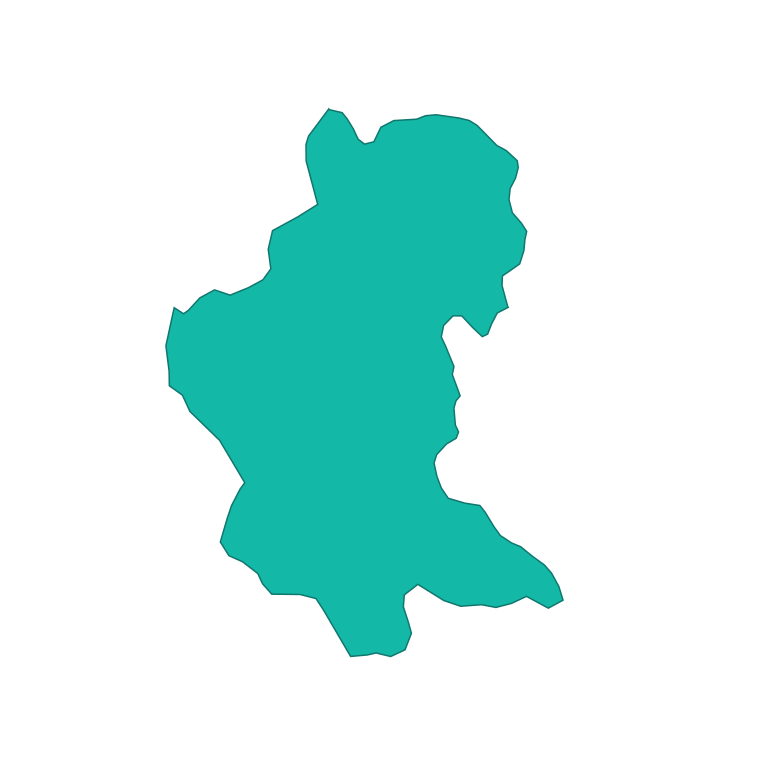 Pyeongchang-gun, Gangwon, South Korea, rotated 335°
{"feature_id": "91817680B93219729656421", "entity_name": "Pyeongchang-gun", "entity_type": "district", "adm_level": 2, "iso_a3": "KOR", "parent_name": "South Korea", "parent_adm1": "Gangwon", "projection": "robinson", "projection_center": [128.515, 37.533], "detail": "fine", "context": "isolated", "style": "filled", "palette": "teal", "viewbox_px": 768, "rotation_deg": 335, "n_neighbors": 0, "source": "geoboundaries", "source_scale": "gbopen_adm2", "svg_char_len": 1707}
<svg xmlns="http://www.w3.org/2000/svg" viewBox="0 0 768 768"><g transform="rotate(335 384 384)"><path d="M450.2,111.4L420.4,127.4L414.5,134.0L407.7,149.0L399.8,193.2L376.3,196.1L347.8,197.9L336.0,213.0L330.1,231.8L318.3,238.4L301.7,239.4L282.0,238.4L270.2,227.1L253.6,228.1L237.8,234.6L232.0,235.6L226.1,226.2L218.2,236.5L202.5,257.2L194.6,281.7L188.7,294.9L190.0,297.2L196.6,309.0L196.5,326.9L211.2,365.6L216.1,414.6L209.2,418.4L194.5,429.7L184.6,440.1L168.9,458.0L170.9,474.1L180.7,485.4L189.5,502.4L189.5,513.8L192.2,522.7L193.4,527.0L203.2,531.7L219.0,539.3L231.7,549.7L233.7,563.9L238.6,616.8L254.3,622.5L263.1,624.4L274.9,633.8L290.7,633.8L303.5,621.5L305.4,610.2L307.4,594.1L313.3,583.7L330.0,579.9L346.7,605.5L359.5,617.8L379.2,625.3L391.0,633.8L406.7,636.7L423.4,636.7L438.2,656.6L454.9,655.6L456.9,641.4L455.9,626.3L452.9,615.9L445.1,601.7L439.2,589.4L432.3,581.8L425.4,570.5L423.4,560.1L421.5,543.1L419.5,534.6L406.7,526.0L393.9,514.7L392.0,502.4L392.9,490.2L395.9,476.9L401.8,470.3L415.5,464.7L426.4,463.7L431.3,459.0L431.3,451.4L437.2,435.4L442.1,429.7L448.0,426.9L448.9,416.5L449.9,404.3L454.8,397.7L455.8,376.0L455.8,365.6L462.7,356.2L475.4,351.4L483.3,355.2L488.2,370.3L493.1,382.6L499.0,382.6L506.9,375.0L516.7,367.5L529.0,367.0L528.8,366.3L532.6,344.6L537.0,336.1L547.6,334.3L557.7,332.5L567.1,322.3L572.8,312.6L577.8,306.0L576.5,296.3L572.7,283.1L575.2,269.8L580.9,260.2L590.3,252.9L597.2,244.5L599.1,237.9L593.4,224.0L587.1,215.6L577.7,189.1L572.7,181.3L564.5,174.7L545.0,162.0L535.0,158.4L525.5,157.8L504.2,149.4L489.7,150.0L477.2,160.2L467.8,158.4L464.0,151.2L464.0,139.8L462.7,128.3L460.8,120.5L450.2,112.1L450.2,111.4Z" fill="#14b8a6" stroke="#0f766e" stroke-width="1.5"/></g></svg>